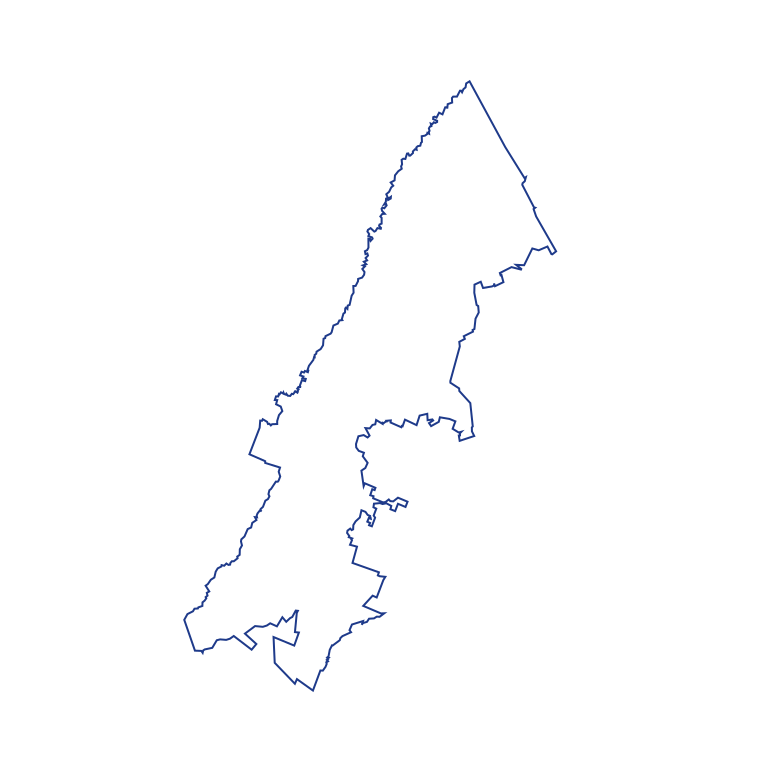 Tapachula, Chiapas, Mexico, rotated 195°
{"feature_id": "50627088B38747904305717", "entity_name": "Tapachula", "entity_type": "district", "adm_level": 2, "iso_a3": "MEX", "parent_name": "Mexico", "parent_adm1": "Chiapas", "projection": "natural_earth1", "projection_center": [-92.282, 14.927], "detail": "fine", "context": "isolated", "style": "outline", "palette": "blue", "viewbox_px": 768, "rotation_deg": 195, "n_neighbors": 0, "source": "geoboundaries", "source_scale": "gbopen_adm2", "svg_char_len": 6134}
<svg xmlns="http://www.w3.org/2000/svg" viewBox="0 0 768 768"><g transform="rotate(195 384 384)"><path d="M494.1,316.6L492.8,309.6L495.8,281.3L478.8,278.7L478.3,277.0L462.8,276.4L463.0,272.0L460.3,267.8L460.8,263.4L461.3,262.2L463.2,261.7L465.9,253.5L467.2,251.7L467.1,247.7L465.6,245.9L466.3,242.8L468.4,240.6L469.1,234.0L470.8,231.3L470.6,230.1L469.3,229.2L471.1,229.9L472.7,226.2L472.9,223.8L472.1,222.3L474.2,222.0L472.0,219.6L475.3,215.8L475.2,211.0L478.1,208.6L479.3,200.6L481.6,197.0L481.4,194.9L479.4,191.3L480.5,187.1L479.2,181.6L481.1,179.3L480.3,177.8L483.2,173.9L485.1,173.4L486.1,171.2L485.9,169.7L487.4,169.0L489.8,169.8L491.3,167.1L494.0,167.0L493.9,165.6L496.9,162.9L498.0,159.2L497.8,153.2L500.6,150.1L502.4,145.1L504.1,143.0L499.1,138.4L501.1,136.4L499.7,133.9L501.1,132.0L500.2,131.0L501.2,128.3L502.8,126.1L502.0,122.6L505.5,120.2L505.7,119.0L508.9,117.9L509.7,115.0L514.3,110.9L515.9,104.5L497.6,77.5L491.4,78.9L489.6,77.4L489.7,79.8L488.5,81.2L481.6,84.7L479.2,93.2L476.2,94.9L470.2,96.0L466.9,98.1L463.9,101.7L443.1,93.1L440.0,99.8L453.7,106.9L445.9,116.8L438.2,118.1L434.6,120.4L432.0,123.4L424.7,122.2L421.8,132.4L416.9,129.0L414.1,133.6L412.3,135.2L410.6,142.3L408.5,142.6L409.0,140.3L405.8,121.3L401.9,121.9L403.0,108.1L425.2,111.0L417.4,86.4L392.5,71.4L391.7,76.4L373.3,69.5L371.3,90.8L368.9,91.3L367.3,95.6L366.9,98.8L367.7,100.2L366.4,101.5L367.4,101.9L366.8,103.1L367.8,103.4L366.5,105.3L367.9,105.4L367.1,106.5L367.6,113.2L366.6,118.1L365.9,118.1L360.4,125.1L360.4,127.2L358.9,129.7L351.6,135.7L353.6,137.3L352.7,143.4L342.9,149.6L343.2,145.7L342.4,147.7L338.9,149.8L337.7,153.4L333.0,155.0L330.8,157.4L328.0,158.0L324.4,162.6L327.6,161.6L346.6,164.3L340.2,176.6L335.8,175.9L333.9,194.4L332.8,198.1L338.4,197.2L340.4,197.5L340.2,200.8L368.1,203.0L368.0,219.9L375.2,219.9L374.5,224.8L375.4,225.6L374.8,226.6L378.4,226.9L378.2,228.2L381.1,230.6L381.3,232.9L379.2,235.6L377.4,234.5L376.2,235.6L377.1,239.8L375.9,243.9L372.8,248.8L373.1,256.2L368.8,255.7L365.9,253.3L363.5,253.0L363.7,251.7L362.5,251.7L361.9,250.4L364.0,250.6L364.5,246.7L361.5,246.2L361.9,243.7L358.9,243.4L358.0,252.6L359.9,254.2L359.2,261.6L362.3,262.2L362.7,265.8L357.1,267.9L354.3,267.7L350.9,269.4L345.4,268.1L345.4,264.7L340.3,264.1L339.5,271.9L331.4,270.8L330.8,276.4L341.1,277.8L344.7,273.0L347.6,272.5L349.5,273.7L352.0,270.4L354.3,269.4L364.9,270.8L365.1,272.9L368.5,273.0L368.1,279.3L365.6,279.1L365.4,281.5L376.8,283.1L377.2,280.0L383.4,294.5L380.3,298.0L379.4,303.6L385.8,308.7L385.6,312.4L391.1,312.9L394.4,315.5L395.5,318.8L395.2,326.9L390.4,329.4L386.0,328.1L384.6,330.4L390.5,336.6L386.3,337.4L384.5,341.5L382.0,342.8L382.3,347.2L375.0,345.1L375.2,346.2L374.2,346.1L372.2,348.7L370.8,348.4L371.9,349.2L368.0,350.6L367.7,348.5L356.1,346.7L355.9,348.1L355.1,348.0L354.5,355.0L341.9,352.7L341.4,362.7L334.5,366.4L332.5,360.3L328.1,362.3L327.1,361.5L330.4,357.9L327.6,355.5L321.3,361.6L321.4,366.3L311.7,367.2L305.4,366.4L306.1,358.5L299.3,356.5L296.9,357.9L297.9,356.1L297.3,354.0L298.4,353.6L296.2,348.7L283.4,357.1L286.8,361.0L287.9,364.8L287.3,366.0L295.7,387.9L309.4,396.7L310.3,399.2L320.2,402.4L320.7,404.0L320.5,439.9L322.2,444.2L317.6,448.5L319.3,450.8L311.6,457.6L312.4,459.1L310.9,460.5L312.5,470.8L311.0,477.6L313.2,483.7L315.0,484.3L320.4,495.5L322.3,503.4L317.0,507.8L313.2,502.4L304.9,506.2L303.2,507.6L303.7,509.6L302.1,507.2L295.0,513.3L298.8,519.8L299.5,519.2L300.8,521.2L291.1,529.9L281.3,530.0L281.2,530.7L287.2,533.3L279.4,535.0L275.8,553.3L269.2,553.2L261.7,559.1L255.9,552.8L255.0,552.8L252.1,556.7L280.4,585.2L284.8,591.7L283.6,593.4L284.8,593.4L302.0,612.2L302.1,613.8L300.5,616.3L300.5,620.5L301.6,619.3L328.3,644.3L379.7,698.5L382.4,695.6L382.0,691.6L383.6,689.3L384.1,686.0L385.5,687.3L386.5,687.0L387.9,680.5L391.6,679.5L392.4,677.8L391.0,673.5L394.9,670.8L394.2,666.4L394.8,667.7L396.5,667.1L397.3,659.6L401.0,660.3L402.2,654.9L404.4,655.3L405.5,654.5L405.1,652.6L400.8,652.0L400.5,650.8L402.1,649.4L403.6,649.7L404.7,647.3L406.2,647.6L405.0,645.3L406.2,644.6L406.8,642.5L405.5,640.3L406.0,639.3L405.2,637.4L407.1,637.8L407.1,636.4L408.7,634.5L411.7,633.1L410.0,627.6L410.7,626.5L410.6,623.6L413.0,622.4L414.0,620.8L413.1,618.7L414.8,618.8L416.3,616.1L415.8,614.6L417.8,611.4L418.7,611.1L420.2,613.0L421.4,612.5L421.6,606.9L423.7,606.6L425.0,605.1L423.4,600.9L423.8,598.6L422.6,596.5L425.3,593.2L427.4,588.4L426.5,583.4L429.7,580.4L426.4,577.9L427.9,575.8L428.8,571.0L430.9,567.9L428.5,564.9L427.2,564.9L425.8,566.6L425.5,564.9L427.7,562.8L428.8,564.5L430.0,563.6L429.4,560.6L430.4,557.3L428.6,558.5L427.7,557.2L429.2,553.8L431.2,554.0L431.7,552.6L430.6,550.7L427.3,548.6L429.7,547.8L430.9,544.9L429.3,543.9L427.8,538.3L429.6,536.9L429.7,535.5L427.3,534.0L427.3,533.1L430.7,532.9L431.8,529.5L432.8,528.7L437.3,531.1L439.4,528.7L439.5,527.0L437.1,525.0L437.4,522.9L433.4,522.5L432.6,521.4L434.0,518.8L435.1,520.6L436.7,520.4L434.3,511.7L434.9,509.0L436.8,507.3L435.5,504.7L433.9,505.8L432.7,503.9L434.4,500.9L432.3,499.0L435.1,496.9L432.1,495.1L435.1,493.1L432.9,492.6L434.7,489.5L431.8,487.1L431.5,484.4L432.7,481.1L436.2,478.8L435.7,476.6L436.8,471.4L439.0,470.7L437.0,464.3L438.1,461.0L437.7,451.5L439.3,450.4L438.8,447.1L440.5,448.0L441.0,447.0L440.2,442.9L441.4,441.5L441.5,435.6L440.8,434.9L443.6,433.8L444.2,430.4L448.0,427.4L448.0,420.4L448.6,418.8L452.9,415.1L452.7,413.1L454.1,412.1L452.9,405.6L454.2,401.4L457.5,397.8L457.3,395.7L458.5,394.1L457.9,391.9L458.5,391.9L458.5,389.0L461.2,382.2L461.5,377.7L460.6,377.5L460.6,375.7L463.8,376.1L464.2,374.4L466.8,374.5L467.3,370.6L463.8,370.4L464.3,368.5L460.9,368.7L460.9,366.4L464.3,366.4L464.8,360.9L464.3,359.6L463.3,359.6L465.9,359.0L466.6,357.1L465.1,356.8L465.8,354.6L465.2,354.2L465.4,353.2L468.7,354.3L467.9,353.5L469.1,350.7L470.5,350.7L471.5,348.2L473.9,347.8L475.8,349.3L476.0,348.3L478.0,348.5L478.9,349.7L479.0,348.7L481.4,349.3L482.2,347.0L482.9,347.2L483.0,344.6L485.1,344.1L485.3,340.3L483.0,340.8L483.0,336.5L477.9,335.5L475.2,331.5L477.4,326.8L477.6,320.6L476.8,317.7L481.7,316.2L482.6,314.7L484.4,315.9L485.7,315.3L487.1,317.2L492.0,318.6L492.3,316.9L494.1,316.6Z" fill="none" stroke="#1e3a8a" stroke-width="2"/></g></svg>